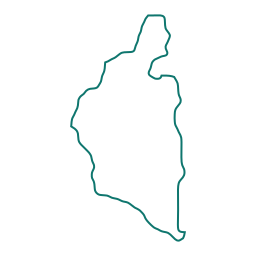 Cabral, Barahona, Dominican Republic
{"feature_id": "3306468B71944669665179", "entity_name": "Cabral", "entity_type": "district", "adm_level": 2, "iso_a3": "DOM", "parent_name": "Dominican Republic", "parent_adm1": "Barahona", "projection": "mercator", "projection_center": [-71.231, 18.209], "detail": "fine", "context": "isolated", "style": "outline", "palette": "teal", "viewbox_px": 256, "rotation_deg": 0, "n_neighbors": 0, "source": "geoboundaries", "source_scale": "gbopen_adm2", "svg_char_len": 3066}
<svg xmlns="http://www.w3.org/2000/svg" viewBox="0 0 256 256"><path d="M174.2,77.0L172.1,76.3L169.3,75.8L166.4,75.6L161.5,75.6L160.9,77.2L160.5,77.7L159.9,78.2L159.3,78.5L158.6,78.7L157.2,78.8L155.7,78.7L154.9,78.5L153.0,77.5L150.7,76.1L149.7,75.3L149.2,74.8L148.9,74.1L148.7,73.5L148.8,72.1L149.3,70.8L150.2,69.0L150.7,67.7L151.8,63.3L152.5,61.9L153.4,60.8L154.5,59.8L155.1,59.4L161.1,56.6L162.5,56.2L164.5,55.8L165.8,55.4L166.3,55.1L166.8,54.6L167.1,54.1L167.3,53.4L167.3,52.2L165.8,48.7L165.7,48.0L165.6,46.6L166.0,45.2L167.6,42.1L169.5,37.6L169.8,36.4L169.9,35.7L169.8,35.0L169.5,34.3L168.8,33.1L166.5,30.0L165.7,28.6L165.5,27.8L165.1,25.3L164.8,19.5L164.5,18.0L164.2,17.3L163.7,16.7L163.1,16.2L162.5,15.9L161.7,15.7L160.2,15.4L156.9,15.4L148.1,15.5L146.2,17.9L145.4,19.1L144.2,21.9L142.2,25.8L141.7,27.3L141.1,30.3L140.7,31.8L139.1,35.1L138.6,36.5L137.9,40.4L137.4,41.9L135.7,45.8L134.5,49.8L134.2,50.4L133.7,51.0L133.1,51.4L132.5,51.7L131.0,52.0L124.3,52.3L122.6,52.6L121.8,52.8L121.1,53.1L119.7,54.0L115.9,57.0L114.5,57.9L111.7,59.2L107.9,61.4L105.2,62.4L104.7,68.5L104.3,70.8L103.8,72.3L102.3,75.6L101.9,77.0L101.3,80.1L100.9,81.6L99.9,83.5L98.1,86.4L97.2,87.4L95.8,88.1L94.3,88.4L90.2,88.8L88.6,89.3L87.9,89.6L86.2,90.8L85.3,91.9L83.7,93.9L81.1,95.9L80.1,96.9L79.3,98.1L78.6,99.5L78.4,100.3L77.9,105.5L77.3,108.0L76.7,109.3L75.4,111.9L74.2,114.7L72.5,117.9L72.0,119.3L71.6,121.7L71.2,126.4L74.6,128.6L75.7,129.6L76.7,130.7L77.4,132.0L77.9,133.5L78.5,139.8L78.9,141.3L79.2,142.0L80.1,143.4L81.2,144.7L87.2,150.7L89.0,152.6L90.4,154.6L91.1,156.1L92.1,160.6L92.6,162.0L93.5,163.9L94.0,165.2L94.1,166.7L94.1,167.4L93.7,168.8L92.5,171.3L92.0,172.7L91.8,174.2L91.8,176.5L92.1,178.1L93.7,181.3L94.1,182.7L94.4,184.3L94.8,189.0L95.1,190.6L95.8,192.0L96.7,193.1L97.8,194.0L99.2,194.7L100.8,195.0L105.5,195.4L107.1,195.6L108.5,196.1L111.8,197.7L113.3,198.1L117.1,198.9L118.5,199.4L121.8,201.0L123.3,201.5L126.3,202.1L127.8,202.6L128.5,203.0L129.9,203.9L133.8,206.9L135.1,207.8L137.2,208.8L138.6,209.6L139.9,210.5L141.1,211.7L142.8,213.5L143.8,214.8L144.5,216.2L145.4,218.3L146.3,219.7L147.2,220.9L148.9,222.8L151.2,225.1L153.0,226.7L154.3,227.7L155.7,228.4L157.9,229.3L160.4,230.7L161.8,231.3L163.3,231.7L166.3,232.3L167.8,232.8L168.5,233.2L170.4,234.6L175.0,239.1L176.2,239.9L176.8,240.3L177.5,240.5L178.2,240.6L178.8,240.6L179.5,240.4L180.6,239.8L183.0,238.3L183.7,236.8L184.2,235.3L184.8,232.2L181.9,232.0L180.5,231.7L179.9,231.4L179.3,231.0L178.8,230.4L178.4,229.7L178.2,228.9L178.0,227.3L177.9,224.7L178.1,209.9L178.0,189.6L178.2,186.0L178.7,183.3L179.3,181.8L180.2,180.5L182.8,177.4L184.0,175.3L184.4,173.8L184.5,172.2L184.4,170.7L184.1,169.2L182.3,165.3L181.9,163.6L181.6,161.8L181.4,157.2L181.5,142.2L181.4,139.4L181.2,137.6L180.4,135.2L178.7,132.0L177.5,129.2L175.5,125.3L175.0,123.6L174.8,121.8L174.6,118.2L174.7,114.5L174.9,111.8L175.3,110.1L175.6,109.3L176.4,107.9L179.8,103.5L180.5,102.1L180.7,100.6L180.7,99.9L180.4,98.5L179.0,95.3L178.6,93.7L178.3,91.2L178.0,86.0L177.6,83.4L176.7,81.3L174.2,77.0Z" fill="none" stroke="#0f766e" stroke-width="2"/></svg>